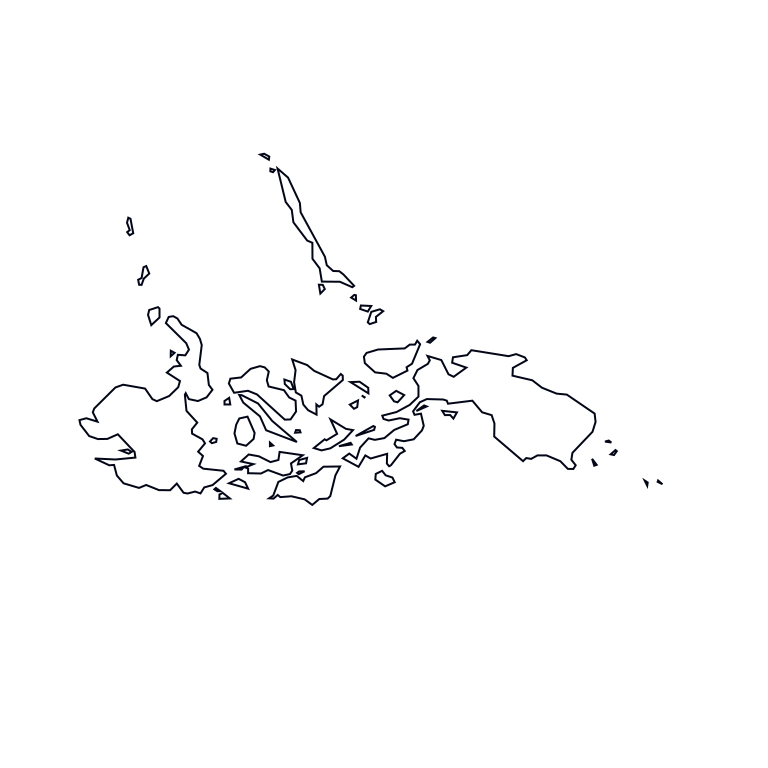 outline of Philippines, rotated 109°
{"feature_id": "PHL", "entity_name": "Philippines", "entity_type": "country or territory", "adm_level": 0, "iso_a3": "PHL", "parent_name": "Asia", "parent_adm1": "", "projection": "albers", "projection_center": [122.681, 12.951], "detail": "fine", "context": "isolated", "style": "outline", "palette": "ink", "viewbox_px": 768, "rotation_deg": 109, "n_neighbors": 0, "source": "natural_earth", "source_scale": "50m", "svg_char_len": 6209}
<svg xmlns="http://www.w3.org/2000/svg" viewBox="0 0 768 768"><g transform="rotate(109 384 384)"><path d="M361.3,171.3L387.7,183.4L394.6,182.2L398.4,176.3L402.7,177.3L404.4,182.5L399.6,192.1L398.6,207.1L401.6,215.7L406.9,220.5L407.7,225.4L411.7,227.4L397.8,262.7L385.4,266.7L378.4,272.1L378.8,282.0L371.0,295.0L381.8,317.1L379.3,319.2L379.4,323.0L384.3,338.6L389.6,344.2L400.4,347.6L403.2,345.1L400.0,339.4L410.6,332.8L415.5,333.0L426.6,337.9L431.6,346.5L432.7,354.4L437.4,354.5L439.8,351.1L438.4,345.9L440.6,342.6L444.7,346.2L458.6,351.0L460.1,352.4L458.3,355.4L449.0,358.3L458.8,372.4L457.6,378.4L470.6,381.1L467.7,398.8L461.1,394.2L463.6,385.7L451.9,385.9L440.4,380.9L439.8,374.5L435.0,366.0L424.1,359.4L414.3,348.4L409.7,349.2L411.2,357.9L417.0,367.7L417.2,373.1L414.5,375.3L406.4,363.0L395.4,352.9L384.7,347.3L374.6,350.8L368.9,358.1L359.9,356.9L350.7,349.1L346.7,348.4L343.3,352.0L342.7,337.6L353.8,326.2L354.5,320.5L341.7,311.5L341.7,326.5L336.3,327.5L329.6,314.7L323.6,312.4L317.1,275.2L312.7,268.8L313.0,259.5L315.1,256.8L326.8,267.4L334.3,265.2L332.2,245.0L336.1,233.4L336.9,217.6L334.5,207.7L343.4,175.2L351.0,171.6L361.3,171.3ZM540.3,520.3L547.2,521.9L547.2,527.6L551.5,534.1L552.1,538.1L545.6,547.5L554.0,551.6L557.6,562.1L556.9,576.0L562.0,581.8L562.7,597.9L557.5,606.8L548.4,612.9L550.3,617.3L548.6,633.2L542.8,613.3L534.5,595.1L529.5,597.7L518.2,619.3L526.0,627.7L529.2,636.6L529.2,645.8L521.4,657.7L517.3,660.2L513.3,654.3L512.9,642.6L505.6,650.1L501.5,650.0L474.7,636.8L469.6,630.4L466.1,608.4L473.7,598.1L474.2,593.2L465.3,583.2L454.0,577.5L447.6,577.9L443.9,593.0L435.9,588.4L432.9,582.0L428.9,587.8L423.5,588.4L421.6,581.2L415.0,579.6L409.8,584.3L397.4,610.1L390.7,609.4L388.5,605.4L389.3,600.7L393.9,594.6L397.0,577.8L401.2,572.8L406.5,569.0L426.0,564.9L429.1,562.5L431.1,554.5L441.9,549.3L445.3,544.3L454.4,547.4L460.7,554.4L461.8,563.6L457.2,568.5L459.0,568.8L473.7,562.0L481.3,548.0L489.4,550.9L493.4,549.3L495.4,537.6L498.4,533.9L508.5,537.7L511.0,531.7L521.6,532.1L522.9,527.3L518.3,507.5L520.3,504.2L535.4,513.2L540.3,520.3ZM434.1,530.8L429.0,531.0L424.3,521.2L413.1,515.1L407.5,507.1L407.1,502.3L409.7,497.0L418.6,496.0L423.9,492.3L422.4,476.6L427.6,469.3L428.5,462.2L438.6,458.2L447.9,460.8L450.0,466.2L435.2,500.7L434.7,510.4L441.1,522.9L434.1,530.8ZM510.7,400.0L513.8,407.7L521.7,412.5L518.9,421.5L520.3,435.0L524.7,445.2L523.5,448.4L528.3,451.1L529.5,455.4L525.5,452.4L511.0,452.0L503.7,444.7L499.3,436.6L502.1,428.8L498.0,428.4L490.4,419.2L481.9,414.3L476.3,398.7L486.2,400.2L507.5,398.3L510.7,400.0ZM393.6,424.2L414.9,436.7L423.2,435.5L426.6,438.0L425.3,441.3L434.9,437.8L433.5,447.2L429.7,453.6L421.9,458.3L420.7,464.6L411.6,469.6L399.7,472.1L390.7,478.8L391.1,462.8L394.3,454.3L396.3,433.7L395.0,430.7L388.6,428.1L389.5,425.8L393.6,424.2ZM243.9,536.2L214.9,554.8L220.1,541.9L240.2,522.5L248.8,518.7L282.9,481.3L290.3,476.8L293.7,468.9L291.9,463.0L293.6,458.1L300.9,444.2L302.8,445.5L301.7,459.0L307.4,476.1L295.6,482.5L288.9,492.4L273.8,497.7L273.4,503.3L260.6,522.3L249.4,527.9L243.9,536.2ZM334.6,362.8L355.7,364.1L360.8,368.1L363.7,366.2L375.3,377.6L373.5,385.1L375.9,396.2L370.5,408.9L364.7,411.9L360.3,410.6L353.3,400.8L343.6,376.0L338.4,372.5L336.6,367.5L332.3,366.7L334.6,362.8ZM477.8,437.6L489.4,446.1L495.8,442.5L499.8,443.6L503.4,449.6L503.1,465.6L508.7,471.2L512.6,483.5L508.2,484.9L508.1,488.0L502.3,481.4L503.8,494.0L494.7,489.0L493.1,478.8L494.8,465.9L490.2,459.1L482.2,460.6L477.8,437.6ZM447.4,511.0L441.5,517.3L440.9,514.8L443.4,496.8L455.3,477.7L467.2,447.5L466.1,480.4L455.0,490.7L447.4,511.0ZM488.0,503.3L479.4,509.3L470.6,510.5L463.7,509.6L459.3,502.4L472.4,490.4L478.4,489.4L487.3,494.3L488.0,503.3ZM449.5,403.5L462.3,413.8L467.1,421.4L467.4,429.5L455.6,422.1L456.0,420.1L446.4,412.1L434.9,423.1L438.8,405.4L437.7,398.3L449.5,403.5ZM480.4,349.6L477.2,361.1L471.7,362.5L466.7,357.5L469.8,352.7L469.7,345.6L473.4,341.9L480.4,349.6ZM395.5,629.6L390.5,630.1L384.9,622.7L385.8,620.8L394.2,617.9L404.1,623.2L395.5,629.6ZM323.2,413.5L327.9,411.6L332.0,417.0L331.0,419.4L319.9,419.5L314.7,412.2L315.4,408.5L323.2,413.5ZM387.9,361.3L396.9,365.2L397.1,368.9L392.9,374.9L386.5,370.2L387.9,361.3ZM356.0,641.9L362.5,645.4L369.2,645.5L369.9,647.8L365.5,650.4L362.7,647.7L351.9,649.4L349.9,647.2L356.0,641.9ZM528.3,498.2L521.0,490.6L522.1,483.4L527.2,478.4L528.3,498.2ZM397.9,395.7L393.1,416.3L389.8,407.8L392.7,397.7L397.9,395.7ZM326.2,673.0L324.0,676.3L321.3,674.5L315.2,679.5L310.0,679.9L310.3,677.5L323.1,670.2L326.2,673.0ZM394.1,307.1L391.8,311.3L393.6,316.3L390.4,320.2L387.1,305.8L394.1,307.1ZM416.3,477.8L412.2,479.6L412.2,472.7L418.2,467.7L419.5,471.0L416.3,477.8ZM320.8,431.0L317.3,431.4L314.4,421.5L320.8,422.9L320.8,431.0ZM488.0,439.2L483.5,439.4L478.9,432.7L484.4,431.9L488.0,439.2ZM417.2,404.3L414.6,409.6L408.0,403.2L414.6,401.8L417.2,404.3ZM542.0,503.6L539.5,500.9L542.4,492.5L546.2,502.3L542.0,503.6ZM430.6,378.4L442.4,393.9L427.2,380.4L427.5,378.6L430.6,378.4ZM319.2,473.6L311.3,477.9L310.2,474.2L313.5,470.9L319.2,473.6ZM453.4,522.7L455.3,528.1L452.0,529.3L447.5,525.9L453.4,522.7ZM451.7,394.8L457.5,406.4L450.5,396.4L451.7,394.8ZM209.4,565.9L207.4,575.7L205.3,572.3L206.3,566.5L209.4,565.9ZM496.0,527.5L495.0,529.8L490.8,527.9L490.3,524.4L493.4,523.8L496.0,527.5ZM533.0,602.7L532.6,611.1L529.3,604.9L530.4,600.6L533.0,602.7ZM330.0,353.9L330.0,356.5L324.0,352.7L323.9,350.4L330.0,353.9ZM511.3,490.8L513.5,497.6L507.7,489.3L511.3,490.8ZM392.8,158.6L387.0,162.9L391.2,156.6L392.8,158.6ZM391.3,336.3L399.0,344.6L391.2,339.1L391.3,336.3ZM376.3,143.4L376.7,146.8L371.1,143.6L371.7,142.0L376.3,143.4ZM314.2,437.6L313.0,443.2L309.4,441.1L309.2,439.5L314.2,437.6ZM422.7,592.2L427.2,594.7L422.0,596.4L422.7,592.2ZM497.0,435.2L496.3,437.2L494.3,435.8L492.4,430.7L497.0,435.2ZM456.9,447.2L459.0,452.2L456.2,452.2L455.1,448.6L456.9,447.2ZM219.9,560.7L217.3,561.5L217.2,556.8L219.9,557.9L219.9,560.7ZM538.8,510.1L537.0,509.1L538.6,503.9L539.6,506.7L538.8,510.1ZM365.3,150.0L366.5,156.3L364.3,153.1L365.3,150.0ZM394.5,102.0L390.4,106.1L391.3,102.6L394.5,102.0ZM388.1,88.1L387.4,93.4L386.0,93.4L388.1,88.1ZM479.9,471.6L476.5,472.8L478.2,468.8L479.9,471.6ZM403.1,398.1L402.1,401.3L402.8,398.0L403.1,398.1Z" fill="none" stroke="#020617" stroke-width="2"/></g></svg>